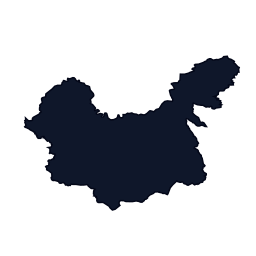 Krong No, Đắk Nông, Vietnam (Equal Earth projection), rotated 277°
{"feature_id": "81297802B95536504011076", "entity_name": "Krong No", "entity_type": "district", "adm_level": 2, "iso_a3": "VNM", "parent_name": "Vietnam", "parent_adm1": "Đắk Nông", "projection": "equal_earth", "projection_center": [107.904, 12.369], "detail": "fine", "context": "isolated", "style": "filled", "palette": "ink", "viewbox_px": 256, "rotation_deg": 277, "n_neighbors": 0, "source": "geoboundaries", "source_scale": "gbopen_adm2", "svg_char_len": 5828}
<svg xmlns="http://www.w3.org/2000/svg" viewBox="0 0 256 256"><g transform="rotate(277 128 128)"><path d="M116.0,27.1L115.0,30.0L114.2,31.2L113.2,34.1L112.6,34.8L112.4,36.2L111.0,36.2L110.6,37.6L109.6,37.9L109.2,39.0L108.3,38.6L106.8,40.1L107.1,42.5L107.4,42.9L108.2,42.9L109.0,43.9L109.3,45.7L108.9,46.0L108.3,45.0L108.0,45.0L108.0,46.2L105.1,49.6L105.6,51.1L104.1,52.4L103.8,53.8L102.4,54.0L102.1,54.7L99.9,54.1L99.5,53.5L98.9,51.2L98.4,52.5L97.5,53.1L95.0,53.4L93.4,53.1L93.2,53.5L93.8,54.1L93.7,55.0L93.0,56.8L93.1,58.7L92.5,59.0L89.6,57.9L88.9,58.4L88.4,58.3L88.1,57.0L86.7,55.2L86.6,53.5L85.7,52.7L85.0,52.8L83.8,54.2L82.7,53.6L81.8,54.1L81.0,53.6L80.3,51.6L79.6,51.0L78.2,52.3L76.9,52.3L76.5,52.6L76.0,54.2L73.9,57.8L70.2,58.5L69.7,57.9L69.3,57.8L67.8,58.4L67.1,59.0L66.8,59.8L67.1,60.5L66.8,60.8L67.1,61.5L66.6,64.7L66.4,65.7L65.3,66.3L64.9,67.2L65.1,68.4L66.1,70.4L65.0,72.1L63.8,72.9L64.2,74.1L63.7,74.6L63.5,75.6L64.1,77.2L64.0,77.7L65.4,78.4L65.3,80.0L65.7,83.2L65.6,87.9L66.1,91.2L66.8,94.0L66.7,94.9L65.7,95.5L63.6,98.7L63.5,99.3L63.7,100.9L63.2,102.7L62.2,101.9L61.2,101.6L58.4,101.8L57.4,102.8L56.5,102.3L56.1,105.0L55.8,105.1L55.2,104.6L54.2,105.8L52.1,105.9L51.0,106.5L50.5,107.4L50.5,108.5L51.1,111.7L50.9,112.9L48.1,118.7L46.4,120.1L44.7,122.5L45.8,125.1L50.2,129.4L50.8,128.8L52.3,128.2L53.6,128.3L55.0,129.2L55.4,132.7L54.9,134.1L54.8,135.1L55.5,141.4L56.6,144.9L56.5,147.5L56.0,149.3L56.1,151.0L57.9,152.9L59.0,153.2L59.7,154.8L60.9,155.9L61.9,155.9L64.1,157.7L66.1,161.0L68.0,162.7L67.9,163.4L68.3,165.0L68.0,166.7L68.3,166.9L67.9,167.6L67.8,169.4L67.3,170.6L67.6,172.5L66.7,175.1L67.4,175.6L73.8,177.2L77.1,179.3L81.4,182.9L80.8,183.9L80.5,186.2L80.6,187.3L81.2,188.1L81.2,188.7L79.8,190.2L79.5,190.7L79.7,191.5L78.7,193.5L78.5,194.6L81.1,198.5L79.7,201.0L80.7,202.8L80.5,203.5L81.1,203.8L80.9,204.9L82.7,206.4L83.3,208.6L84.9,209.0L86.2,210.8L88.6,211.1L89.6,209.8L89.9,210.3L90.2,210.3L90.3,211.1L91.2,211.4L92.2,211.2L93.4,208.5L94.7,207.7L95.3,206.8L97.1,207.3L98.2,207.0L99.1,208.6L100.1,208.9L101.5,207.1L107.0,205.3L108.6,204.2L109.8,204.0L111.3,201.9L112.4,201.4L112.6,200.7L113.9,200.5L114.8,199.7L116.2,196.2L117.6,196.7L117.9,198.1L118.4,198.8L119.4,199.2L120.1,199.0L121.5,199.8L123.8,197.8L125.9,197.2L127.6,195.5L127.8,193.9L128.6,194.2L131.0,192.4L133.6,189.6L135.2,188.9L135.4,188.0L137.0,187.6L137.7,185.9L138.4,185.9L139.6,185.2L142.1,185.4L142.8,184.6L143.6,184.6L144.4,185.0L144.2,186.6L143.1,188.0L141.9,191.1L141.2,191.7L141.1,193.1L139.0,195.5L138.5,197.0L138.7,198.6L139.8,200.7L139.6,202.3L138.9,204.1L139.0,205.7L142.3,202.8L142.8,201.3L142.5,200.3L142.6,199.0L146.9,196.7L148.4,193.4L150.0,191.1L151.0,190.2L152.6,190.4L153.6,190.0L154.5,190.5L155.2,190.2L156.2,189.0L157.7,189.9L160.4,189.5L160.7,189.8L160.6,190.2L159.6,193.9L159.5,198.1L159.7,199.5L158.3,202.9L158.8,204.5L158.8,206.6L159.6,207.4L159.6,207.9L159.2,208.7L158.0,208.8L157.6,209.2L157.4,210.6L157.5,211.6L158.6,212.9L159.6,216.8L160.2,217.8L161.6,217.2L162.3,218.0L162.4,216.3L163.3,217.3L163.7,216.7L164.7,217.3L165.3,216.4L166.3,216.6L166.5,215.0L167.0,214.4L166.9,212.8L167.2,212.8L167.9,214.4L168.3,214.3L168.7,211.1L169.1,211.0L169.7,211.4L169.8,209.7L170.8,211.6L172.4,213.5L174.1,213.3L175.8,214.0L176.1,214.7L176.4,217.6L176.8,218.7L179.1,219.8L180.5,222.7L181.6,223.1L182.7,222.4L182.9,222.7L183.6,227.3L184.6,227.0L185.8,227.3L185.8,225.8L186.0,225.3L187.3,226.2L187.9,224.9L188.5,224.6L190.6,225.8L190.9,227.7L192.6,226.8L193.4,227.2L193.8,228.0L193.8,229.1L194.6,229.6L196.3,229.8L197.0,230.6L197.0,231.3L199.8,230.6L201.6,231.0L202.1,229.6L204.9,226.4L205.4,225.1L206.1,224.8L206.8,225.5L207.3,225.1L208.7,221.9L209.0,219.7L209.9,218.5L211.3,217.8L210.5,214.3L208.8,213.2L206.8,209.2L206.8,207.6L205.8,204.6L205.9,203.7L206.8,201.8L206.7,200.5L205.5,198.4L204.1,197.9L203.4,196.3L202.2,194.8L200.0,190.4L199.3,186.9L198.6,186.3L198.0,186.9L196.3,187.4L195.9,186.9L195.1,184.9L194.3,184.4L194.0,184.6L193.7,186.3L192.5,186.5L190.9,183.0L189.8,181.4L188.3,177.7L187.8,173.4L181.9,173.8L180.5,172.6L179.2,172.4L178.9,171.7L178.4,168.1L177.4,165.7L176.9,165.7L175.8,167.3L172.9,169.3L172.1,169.1L171.4,166.6L170.7,164.9L170.1,164.6L165.7,166.3L164.1,167.5L163.2,167.8L162.6,168.8L160.6,169.0L159.8,168.7L159.7,163.8L158.8,161.2L156.1,158.9L151.0,156.6L149.8,153.7L147.3,151.7L147.8,148.3L147.6,147.4L144.9,145.2L143.2,143.2L142.9,141.8L143.2,139.1L142.3,137.5L142.0,136.4L142.7,134.9L142.7,131.7L143.4,130.0L142.5,127.3L142.6,125.7L141.0,123.9L140.7,121.5L139.0,121.8L137.6,121.4L137.3,119.9L137.7,118.3L139.6,117.5L139.8,116.8L139.6,116.5L137.3,116.2L136.1,115.4L134.6,112.8L134.1,110.7L134.1,109.4L135.6,106.9L139.6,105.2L140.0,104.8L140.1,103.7L139.8,103.1L137.7,103.1L136.0,102.1L135.7,101.4L135.9,100.4L136.4,100.1L136.8,100.2L137.8,101.3L138.3,101.5L138.7,101.2L139.0,98.7L137.9,96.4L138.1,95.0L138.7,94.8L139.8,95.2L140.8,97.0L141.4,97.4L142.3,96.4L142.5,95.3L141.3,93.5L141.2,92.8L141.8,92.6L143.7,93.3L144.1,93.0L147.0,89.9L147.7,87.7L149.1,88.1L151.8,87.1L154.7,89.4L155.6,90.0L156.5,90.0L158.0,89.3L161.1,85.9L164.3,84.7L164.8,83.3L165.1,80.5L167.0,78.9L167.1,76.6L167.7,73.9L169.0,74.0L169.3,73.8L169.2,73.0L168.5,72.6L168.3,72.1L168.6,71.2L169.0,70.5L170.2,69.8L171.3,68.3L171.2,67.0L169.7,64.3L169.9,62.2L169.0,62.0L167.8,62.9L167.1,62.5L166.7,60.7L167.2,59.1L167.2,58.2L165.9,57.9L164.9,57.1L163.3,57.0L162.5,56.6L162.1,55.8L161.8,53.0L160.5,50.2L157.4,47.9L151.9,42.4L148.9,42.4L147.6,39.3L146.9,38.7L146.0,38.7L142.7,39.9L140.0,37.7L139.2,37.7L138.5,38.3L137.6,37.8L135.8,37.9L134.8,38.2L134.1,39.6L133.7,39.7L133.0,39.6L132.1,38.5L131.0,38.2L127.1,32.8L126.0,32.0L124.1,32.2L123.7,31.6L123.0,28.8L123.5,27.6L125.4,25.1L123.6,25.5L122.8,24.7L122.0,25.4L121.2,24.9L118.4,26.3L117.7,26.2L116.7,25.3L116.2,25.8L116.0,27.1Z" fill="#0f172a" stroke="#020617" stroke-width="1.5"/></g></svg>